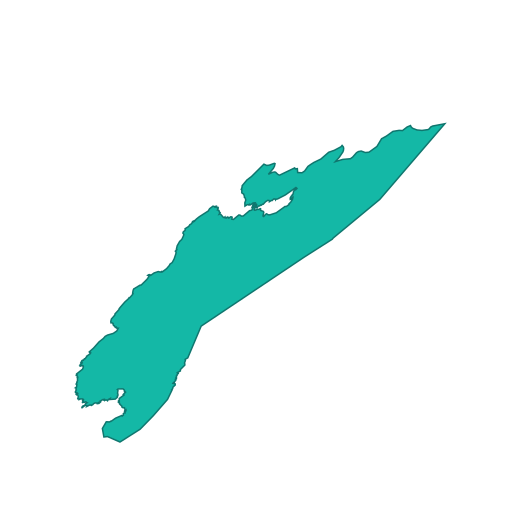 Skånland nor, Troms, Norway, rotated 323°
{"feature_id": "86288312B73235006037434", "entity_name": "Skånland nor", "entity_type": "district", "adm_level": 2, "iso_a3": "NOR", "parent_name": "Norway", "parent_adm1": "Troms", "projection": "robinson", "projection_center": [16.957, 68.61], "detail": "fine", "context": "isolated", "style": "filled", "palette": "teal", "viewbox_px": 512, "rotation_deg": 323, "n_neighbors": 0, "source": "geoboundaries", "source_scale": "gbopen_adm2", "svg_char_len": 5993}
<svg xmlns="http://www.w3.org/2000/svg" viewBox="0 0 512 512"><g transform="rotate(323 256 256)"><path d="M28.7,310.8L35.4,322.7L59.2,324.6L77.6,321.8L99.0,317.3L108.3,312.5L108.2,312.1L109.6,311.8L110.6,310.8L113.9,310.4L114.5,309.4L113.5,308.3L114.4,308.4L114.6,307.9L113.7,308.1L113.4,307.6L116.9,307.1L117.4,306.7L117.2,306.2L117.5,305.9L118.6,306.1L119.1,305.5L118.8,305.0L119.8,304.7L120.1,303.9L121.2,303.8L121.9,303.0L123.2,303.1L123.4,302.5L123.1,302.4L123.0,301.8L126.4,302.3L127.3,301.2L133.5,300.3L134.3,299.2L134.4,298.5L136.8,296.9L137.2,295.9L140.2,296.3L170.0,279.0L293.7,285.9L327.0,288.5L328.5,288.1L388.9,285.3L486.4,264.0L475.3,258.5L473.1,258.1L470.8,258.7L469.5,258.6L464.1,255.6L460.4,252.2L457.9,248.2L457.6,246.2L457.9,244.8L454.3,243.9L448.5,244.0L445.9,241.8L440.4,238.9L432.2,238.7L426.9,237.9L418.5,241.3L408.7,241.1L405.5,239.1L403.2,235.5L400.6,234.2L398.4,234.0L392.6,235.2L389.9,235.1L383.3,231.0L376.2,228.4L381.8,227.3L388.0,225.2L389.6,224.1L390.8,222.8L391.4,221.5L391.3,219.5L389.6,219.9L382.1,218.7L376.5,216.9L366.1,217.6L358.5,216.1L354.6,215.8L351.4,215.7L346.0,217.4L342.8,217.2L339.5,214.4L341.6,211.1L339.8,210.1L339.9,208.9L323.4,205.6L322.5,203.8L322.1,201.0L321.6,200.2L319.5,199.1L315.0,198.2L322.5,196.5L324.8,195.4L326.8,193.7L326.4,193.0L321.2,191.4L319.7,190.5L318.9,189.9L317.6,187.4L300.2,189.8L294.7,189.8L287.3,191.5L286.1,192.8L284.7,193.7L284.9,193.8L284.3,194.4L284.4,194.8L282.8,196.8L282.7,197.5L283.4,199.0L282.8,201.0L282.0,202.2L282.3,203.0L281.5,205.2L279.1,206.8L277.2,209.5L279.9,209.7L281.0,210.6L282.7,210.9L281.5,211.3L282.2,211.8L285.7,211.9L287.1,212.8L284.3,213.4L282.4,214.6L283.3,214.7L285.1,213.9L288.0,214.5L287.0,214.7L286.8,215.0L287.4,215.4L287.0,215.8L285.2,217.0L285.8,218.1L288.0,217.5L289.0,218.2L290.4,218.1L290.7,218.6L292.5,218.6L292.9,219.0L296.3,218.4L298.8,218.6L299.8,219.4L299.7,219.9L300.0,220.2L299.5,220.7L301.8,220.9L302.2,221.4L304.3,221.1L305.3,221.7L305.2,221.9L305.7,222.5L305.5,222.9L306.2,222.7L307.5,223.4L316.2,224.9L329.1,225.3L329.3,225.9L328.4,226.2L329.0,226.8L328.0,227.0L326.2,226.6L324.7,227.1L323.0,228.8L322.0,228.8L321.8,229.4L320.2,229.4L318.2,230.3L317.5,231.3L318.4,231.5L319.1,231.2L318.4,232.0L319.1,232.3L320.3,231.1L320.9,231.3L319.1,232.8L316.1,233.9L313.7,234.2L313.4,234.8L310.0,234.7L309.0,233.9L298.2,233.7L291.9,231.5L290.5,230.4L289.9,228.7L288.7,228.5L285.9,229.1L285.6,228.5L285.9,228.0L288.6,225.7L288.6,224.6L287.1,222.4L288.1,221.0L287.9,220.7L286.3,220.5L284.8,219.3L283.4,219.2L282.4,218.5L282.3,218.0L283.7,217.4L284.5,215.9L285.5,215.7L285.4,215.5L283.0,215.6L280.2,216.8L278.1,215.9L270.0,216.4L268.4,215.5L267.9,213.8L267.0,212.9L259.9,213.2L258.8,212.0L260.1,210.9L260.3,210.5L259.8,209.8L259.2,209.4L257.1,209.4L257.0,208.0L256.5,208.2L256.1,207.6L255.1,207.8L254.4,207.0L254.8,206.1L253.7,206.2L253.2,205.6L252.9,201.4L252.6,200.8L251.7,200.5L253.5,199.7L253.2,198.8L253.8,197.4L253.4,197.0L253.5,196.2L253.1,196.0L254.8,194.9L254.9,194.4L254.1,194.2L254.3,193.2L252.6,192.4L252.7,192.0L253.3,191.9L252.4,191.5L251.7,190.3L247.4,190.3L245.0,191.3L234.2,190.5L230.5,190.6L227.6,191.2L227.0,191.1L227.7,190.6L226.1,190.3L224.1,191.4L222.0,191.2L220.0,191.9L215.8,191.5L215.3,192.4L214.6,192.9L212.6,192.9L211.4,193.7L211.4,195.3L210.1,196.3L206.7,198.1L203.8,198.4L199.2,200.4L196.1,203.0L196.5,202.9L196.7,203.2L196.5,203.4L194.5,203.6L194.5,204.9L193.2,206.1L188.8,209.1L185.1,210.8L182.4,210.7L181.1,211.4L176.9,212.3L171.6,212.3L170.4,211.8L172.1,211.7L169.9,211.3L168.6,209.6L164.4,208.2L160.1,208.1L159.5,207.3L159.9,207.0L159.7,206.8L159.2,207.0L159.0,206.9L159.4,206.6L159.1,206.4L157.9,206.3L158.5,207.5L158.3,207.9L155.0,209.0L146.8,210.1L145.9,209.5L138.6,208.7L137.3,209.4L135.0,211.5L135.1,212.1L133.2,212.7L129.9,213.3L129.5,212.9L128.9,213.3L123.6,213.8L117.5,215.1L115.0,215.7L114.4,216.3L108.5,217.4L107.8,218.2L102.6,219.3L100.7,220.8L99.9,222.1L100.8,222.8L101.3,223.9L100.6,224.8L100.4,225.9L100.9,226.4L100.7,228.1L101.4,228.5L101.0,228.8L101.6,229.4L101.4,230.0L102.5,230.8L99.6,232.1L95.4,231.9L89.9,229.8L87.2,229.4L84.5,230.0L79.1,230.1L70.7,231.8L65.4,232.2L65.6,232.8L65.0,233.0L65.6,233.9L64.5,234.3L60.4,234.1L60.2,234.5L57.5,235.2L57.1,234.8L55.4,235.4L54.8,234.8L54.0,234.8L52.1,235.7L52.8,236.2L52.0,236.5L52.3,236.8L50.1,237.1L50.3,237.7L49.2,237.7L49.3,238.2L51.6,239.0L51.8,239.8L51.4,240.1L51.4,240.7L49.4,242.0L41.7,242.2L41.2,242.7L41.5,243.2L40.7,243.4L41.1,243.9L40.8,244.9L40.3,245.3L40.7,245.6L40.4,246.0L39.7,246.3L38.5,248.1L37.0,248.9L37.0,249.3L35.3,250.0L35.7,250.7L33.9,252.6L32.7,252.6L33.2,253.1L32.1,253.9L31.9,254.8L30.1,255.7L30.1,256.1L29.7,256.3L29.8,257.1L30.7,257.4L30.9,258.4L29.1,258.4L29.2,259.0L30.0,259.2L29.9,260.1L29.4,261.5L27.8,262.6L27.8,263.1L28.8,263.8L28.4,264.2L29.7,264.5L31.6,265.9L31.4,266.3L31.6,266.6L30.9,266.9L31.3,267.3L30.5,267.6L30.5,268.1L29.4,268.3L29.4,268.8L30.2,268.9L30.8,269.6L32.0,269.8L32.5,270.2L32.4,271.1L32.7,271.5L31.2,271.4L29.3,272.2L27.5,271.6L25.9,272.0L25.8,272.5L29.2,272.4L30.9,273.6L31.2,274.2L30.7,274.4L33.4,274.9L34.8,275.9L33.9,276.1L36.1,276.5L37.5,276.2L38.7,276.4L39.8,277.0L40.5,278.1L41.4,278.2L40.7,278.6L41.8,279.2L44.2,279.0L44.2,278.1L47.4,278.5L47.4,279.1L48.3,279.1L48.1,280.1L48.7,279.9L48.6,280.3L50.0,281.0L50.3,282.3L51.6,281.7L53.6,282.0L52.7,282.5L57.5,285.6L60.0,285.4L60.7,285.1L60.7,284.5L62.0,284.1L62.7,283.0L62.7,282.4L64.9,280.2L64.8,279.2L65.9,279.2L69.8,282.1L70.2,283.6L69.7,284.4L69.9,285.1L69.4,285.3L69.8,286.2L66.7,286.7L66.9,287.3L67.6,287.6L61.1,287.5L59.8,289.1L59.0,288.9L58.6,289.5L59.3,289.9L58.8,290.6L58.2,290.3L58.4,291.7L58.0,292.1L58.5,295.2L58.0,296.0L58.4,297.1L59.7,298.0L59.1,298.9L59.0,300.2L59.6,300.4L58.8,301.1L58.4,300.5L58.0,300.5L57.6,300.9L58.4,301.5L57.5,301.7L57.0,302.5L56.4,302.0L55.1,302.1L54.3,303.3L52.8,303.3L52.8,302.6L46.3,301.0L40.7,300.8L40.6,300.5L39.2,300.4L36.7,298.3L37.1,298.1L29.5,301.3L25.6,309.0L28.7,310.8Z" fill="#14b8a6" stroke="#0f766e" stroke-width="1.5"/></g></svg>